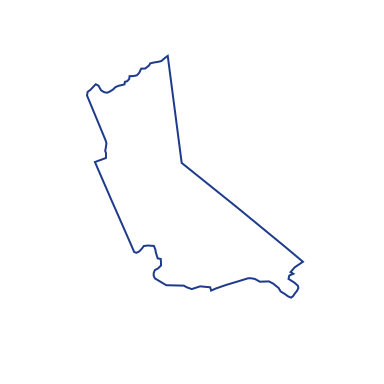 São Raimundo do Doca Bezerra, Maranhão, Brazil (Robinson projection), rotated 219°
{"feature_id": "56859067B75688883738088", "entity_name": "São Raimundo do Doca Bezerra", "entity_type": "district", "adm_level": 2, "iso_a3": "BRA", "parent_name": "Brazil", "parent_adm1": "Maranhão", "projection": "robinson", "projection_center": [-45.146, -5.103], "detail": "fine", "context": "isolated", "style": "outline", "palette": "blue", "viewbox_px": 384, "rotation_deg": 219, "n_neighbors": 0, "source": "geoboundaries", "source_scale": "gbopen_adm2", "svg_char_len": 1318}
<svg xmlns="http://www.w3.org/2000/svg" viewBox="0 0 384 384"><g transform="rotate(219 192 192)"><path d="M334.3,200.9L291.0,177.4L289.1,175.9L287.2,172.8L285.3,169.3L283.3,168.1L280.3,164.3L286.3,154.2L252.2,136.4L210.1,114.7L199.2,109.0L197.0,109.7L195.6,112.6L195.3,116.6L195.5,119.6L192.8,122.5L187.7,126.1L184.2,124.2L182.4,122.5L176.9,118.8L174.2,120.3L172.1,118.1L169.8,115.4L170.3,111.2L171.7,107.9L170.9,105.2L169.2,102.9L166.5,101.5L155.9,103.0L153.3,103.4L139.4,114.1L136.3,114.6L131.1,116.4L126.3,123.8L117.9,129.4L115.1,127.4L112.7,132.1L106.9,141.4L100.4,150.9L94.2,160.1L92.2,161.9L88.4,164.0L82.8,165.0L76.0,170.9L71.3,171.9L64.3,171.9L60.5,170.5L56.3,171.1L51.4,171.4L48.5,172.3L47.9,174.8L48.2,177.7L48.2,181.2L48.9,184.3L50.7,185.8L55.5,186.0L62.3,185.2L63.8,188.3L61.8,192.2L65.0,191.8L64.8,198.0L61.9,207.6L85.1,208.0L148.0,208.4L218.3,208.1L296.5,282.5L297.3,279.6L297.8,277.0L298.2,274.5L300.2,271.9L303.0,268.8L305.4,265.7L305.0,263.2L306.1,258.5L309.1,255.9L308.0,251.2L308.3,248.0L310.5,245.2L313.4,242.8L311.9,240.2L312.1,237.3L313.5,235.4L312.2,233.2L314.1,230.6L315.9,228.4L317.5,225.3L317.9,221.8L319.2,218.1L320.4,215.8L323.0,214.3L326.5,213.8L329.5,214.9L331.5,215.8L334.6,215.2L334.9,211.9L335.2,207.6L336.1,204.1L334.3,200.9Z" fill="none" stroke="#1e3a8a" stroke-width="2"/></g></svg>